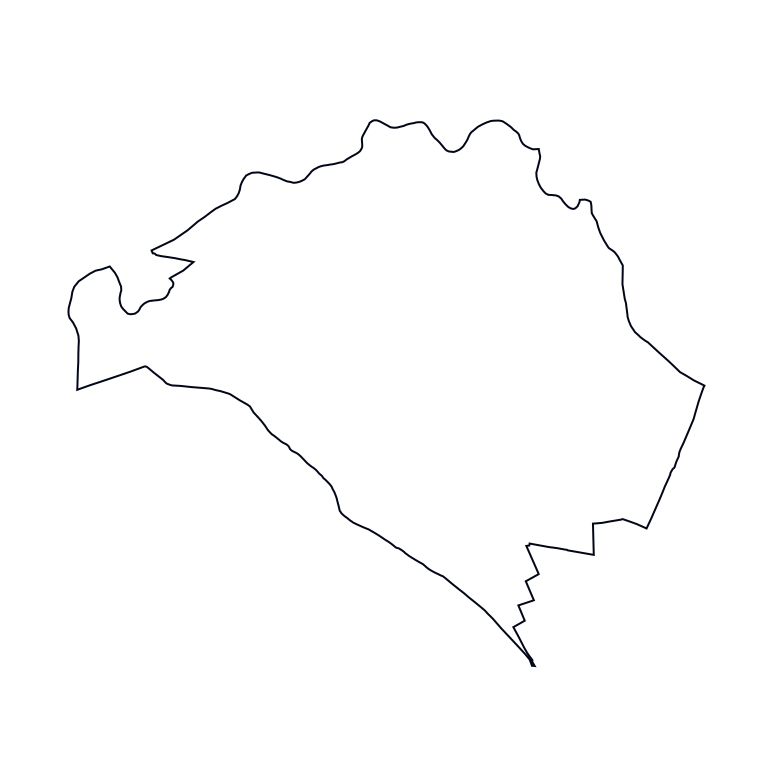 the district of BOD, Brasov, Romania, rotated 274°
{"feature_id": "2599482B89671579374338", "entity_name": "BOD", "entity_type": "district", "adm_level": 2, "iso_a3": "ROU", "parent_name": "Romania", "parent_adm1": "Brasov", "projection": "albers", "projection_center": [25.636, 45.77], "detail": "fine", "context": "isolated", "style": "outline", "palette": "ink", "viewbox_px": 768, "rotation_deg": 274, "n_neighbors": 0, "source": "geoboundaries", "source_scale": "gbopen_adm2", "svg_char_len": 6127}
<svg xmlns="http://www.w3.org/2000/svg" viewBox="0 0 768 768"><g transform="rotate(274 384 384)"><path d="M581.3,566.5L579.1,566.3L574.8,564.7L572.6,562.6L571.8,560.7L572.2,558.1L573.5,555.4L575.8,552.7L578.8,549.8L581.2,548.0L583.2,545.4L584.1,542.5L584.2,538.7L584.2,534.6L585.4,531.9L587.7,529.4L590.9,526.6L594.5,524.4L598.4,522.6L601.6,521.7L605.4,521.2L608.8,521.9L614.2,522.9L619.8,523.9L622.1,523.9L625.4,522.9L629.2,522.0L628.5,516.3L628.9,514.9L629.5,512.8L630.6,510.2L631.7,507.9L633.3,505.8L635.8,504.0L638.8,502.5L641.4,501.6L643.2,500.5L644.9,498.4L646.4,495.9L649.3,492.5L652.2,487.9L654.3,484.1L654.8,480.8L654.4,475.5L653.8,472.3L652.0,468.0L649.7,463.8L647.3,460.0L644.7,457.2L643.4,455.9L641.5,453.8L639.7,452.5L636.7,451.2L633.9,450.3L631.2,449.0L626.7,446.5L624.9,444.9L623.1,442.9L622.0,441.1L620.9,438.9L620.3,437.1L620.4,434.9L620.5,432.8L620.6,432.0L621.6,429.7L623.8,427.3L626.1,425.2L628.7,422.7L631.3,419.7L633.0,417.4L636.5,414.2L640.3,411.9L643.4,409.7L645.5,407.7L647.0,405.9L647.7,404.1L647.7,401.4L647.2,398.0L646.3,395.4L645.6,392.4L644.4,388.7L642.8,385.6L641.7,382.1L640.7,379.1L640.3,375.9L640.6,372.5L642.0,369.6L645.6,361.7L646.5,358.5L646.4,355.8L645.5,354.0L643.5,351.5L641.0,350.6L634.2,347.4L632.4,346.6L630.6,345.8L629.1,345.2L627.2,344.8L625.1,345.0L623.3,345.3L621.1,345.6L619.3,345.7L618.0,345.5L616.2,344.7L614.6,343.8L613.3,342.5L611.6,340.3L610.4,338.5L609.2,336.5L607.2,333.6L605.6,331.3L603.4,328.8L602.4,327.0L601.7,324.0L600.8,321.4L599.9,318.6L599.1,314.9L598.3,311.6L597.8,309.0L597.0,306.3L595.9,303.7L594.4,301.3L593.0,299.0L591.0,296.9L588.2,295.0L582.8,290.8L581.1,288.1L579.6,285.1L578.7,282.0L578.4,279.6L579.0,276.6L579.4,273.0L580.6,269.4L581.7,266.5L582.7,263.2L583.6,259.3L584.4,255.5L585.0,252.1L585.7,247.9L586.3,244.9L586.1,242.1L585.5,237.6L584.0,234.6L582.3,231.9L578.4,229.5L575.6,228.2L571.7,227.0L568.1,226.7L564.4,225.8L561.2,224.4L558.1,222.4L553.4,214.8L550.7,209.8L547.1,203.8L542.9,198.8L537.8,193.0L533.2,187.1L523.6,177.3L513.3,164.4L501.0,142.8L498.2,144.2L498.3,145.3L497.9,146.5L497.0,147.4L496.7,148.3L496.0,152.9L495.6,158.8L494.9,167.1L494.2,172.3L493.7,177.3L493.3,179.7L492.4,185.4L486.1,178.9L483.2,175.9L475.4,164.1L474.3,162.9L472.9,164.7L470.4,166.7L468.6,166.9L466.1,166.3L464.9,164.9L463.0,163.6L461.0,163.2L457.8,161.9L455.5,160.4L453.6,157.9L452.7,155.8L451.9,152.7L451.4,149.4L450.7,145.5L450.1,143.4L449.0,141.4L447.7,139.4L446.3,138.0L444.7,136.6L443.8,135.9L442.9,135.5L441.0,134.7L439.2,133.6L436.9,130.8L436.2,128.2L435.9,125.9L436.3,123.4L437.6,121.9L439.3,120.0L440.8,118.3L443.1,116.4L446.6,115.0L450.1,114.3L452.3,114.3L456.3,114.8L459.2,115.4L462.9,114.9L466.7,113.0L472.0,110.6L476.3,107.7L482.1,102.2L478.7,94.4L476.9,88.3L473.5,82.8L468.8,76.9L465.2,72.3L459.3,68.2L454.3,66.7L447.8,66.1L443.2,65.2L437.8,64.2L433.9,64.2L430.7,64.7L427.7,65.9L423.9,69.3L418.0,73.0L410.9,75.8L405.7,76.6L400.1,76.7L392.7,77.0L384.7,77.5L375.3,77.7L368.1,78.0L360.8,78.3L356.8,78.4L358.6,82.4L360.5,86.8L362.5,91.4L366.5,101.2L373.0,116.8L378.6,130.1L383.4,140.8L384.4,143.0L384.8,144.0L384.9,145.1L384.5,146.3L383.0,148.5L380.2,152.3L379.2,153.7L372.8,163.2L369.9,166.3L369.2,167.4L368.7,169.0L368.1,171.0L367.8,172.8L367.9,181.4L367.5,192.1L367.4,202.1L367.3,209.6L367.1,212.2L366.2,216.4L365.5,221.3L363.8,228.7L363.4,230.3L362.7,232.0L361.7,233.8L357.7,241.2L353.9,249.2L352.3,251.8L349.9,253.5L346.4,256.0L345.3,257.2L342.2,260.5L338.6,264.2L334.0,268.3L329.8,271.5L328.0,273.4L326.1,275.5L324.8,277.8L321.0,283.3L319.7,285.0L318.3,287.6L316.9,291.0L315.5,292.9L314.5,293.7L312.7,294.7L311.5,296.0L310.5,297.8L309.7,299.9L308.4,302.8L307.3,304.3L306.0,306.0L303.8,308.4L299.6,313.0L297.4,316.1L296.2,318.0L295.3,319.7L293.4,322.3L291.6,324.2L290.1,325.6L288.0,328.5L285.8,330.2L284.4,332.2L280.6,336.5L278.1,338.8L275.6,340.1L272.7,342.0L270.0,343.3L267.4,344.5L263.4,345.8L259.0,347.3L256.0,348.2L254.4,348.7L253.7,349.4L252.1,350.5L250.7,352.2L249.2,354.2L247.9,356.4L245.6,359.6L244.4,361.7L243.4,363.3L242.9,364.8L242.0,366.9L241.3,368.9L239.9,372.6L238.6,376.5L237.9,378.8L236.9,380.8L234.5,385.7L232.4,389.7L229.2,395.2L226.4,400.4L224.8,402.9L223.5,404.8L222.1,406.7L221.6,407.5L221.3,409.1L221.0,410.4L220.0,412.3L218.9,414.2L218.0,415.6L216.7,417.1L215.6,418.9L214.4,420.7L212.6,424.0L210.5,428.1L209.0,431.1L207.7,433.9L207.0,435.4L205.6,437.3L204.3,438.9L203.0,440.8L201.6,443.2L200.5,445.5L199.8,447.0L197.8,452.1L196.9,454.2L196.5,455.8L195.6,457.3L189.2,466.2L184.9,472.4L180.6,478.8L177.2,483.3L172.3,490.4L169.1,494.9L165.1,500.4L162.3,503.3L157.4,509.0L148.4,518.0L134.5,533.0L124.3,543.8L119.2,548.6L113.2,551.3L113.2,551.7L113.3,552.3L113.2,554.0L115.5,552.4L118.5,550.6L118.9,551.2L121.0,549.5L123.1,547.7L126.1,545.3L127.7,544.3L128.1,544.0L131.1,542.0L139.6,536.9L143.6,534.4L150.5,530.0L157.7,540.9L172.5,533.5L178.7,548.6L197.1,539.2L205.0,551.4L205.2,551.6L232.4,537.3L233.0,540.2L235.0,540.4L234.4,545.7L233.6,552.9L232.8,560.2L232.4,567.5L231.6,574.8L231.3,578.2L230.9,578.7L229.8,589.4L228.3,604.0L228.2,605.2L229.0,605.1L259.3,602.2L260.6,611.0L262.4,618.0L265.3,630.1L265.9,631.4L263.9,638.9L261.9,645.9L258.2,656.0L269.1,660.2L273.7,661.8L288.2,667.0L294.7,669.2L301.3,671.3L304.4,672.5L310.5,674.8L313.8,675.9L314.9,675.9L316.2,676.4L318.7,677.6L319.7,678.3L320.4,679.2L321.5,679.8L323.4,680.2L326.0,680.8L327.8,681.4L332.3,683.1L333.2,683.1L336.5,683.4L340.0,684.5L344.3,686.2L346.1,686.9L355.6,690.2L370.6,695.3L375.1,696.2L389.0,699.2L396.9,701.3L404.3,703.4L404.2,703.6L404.7,703.8L404.8,703.6L405.0,703.2L409.2,692.9L412.8,686.1L416.5,678.5L421.3,672.8L426.1,667.0L434.8,655.8L444.1,644.2L445.2,641.9L447.2,638.7L448.5,636.7L450.6,634.2L453.3,630.7L455.3,629.2L458.6,626.6L460.4,625.6L464.0,623.8L468.0,622.3L470.6,621.9L481.6,619.7L485.5,618.3L500.2,614.9L514.6,614.2L517.8,614.0L519.0,613.9L524.2,610.5L527.5,608.5L531.2,605.3L532.9,603.0L535.0,599.3L535.6,598.5L537.2,597.3L542.5,593.5L549.7,589.2L555.5,586.7L561.1,584.8L566.2,581.1L568.8,579.4L572.1,578.9L576.6,578.4L580.1,577.5L580.8,576.2L581.6,573.8L582.0,571.5L581.3,566.5Z" fill="none" stroke="#020617" stroke-width="2"/></g></svg>